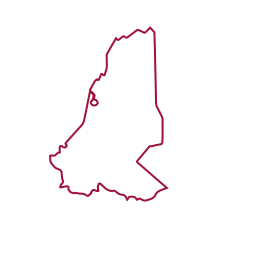 map outline of Mary (orthographic projection), rotated 42°
{"feature_id": "TKM-360", "entity_name": "Mary", "entity_type": "Province", "adm_level": 1, "iso_a3": "TKM", "parent_name": "Turkmenistan", "parent_adm1": "", "projection": "orthographic", "projection_center": [62.192, 37.327], "detail": "fine", "context": "isolated", "style": "outline", "palette": "rose", "viewbox_px": 256, "rotation_deg": 42, "n_neighbors": 0, "source": "natural_earth", "source_scale": "10m", "svg_char_len": 3500}
<svg xmlns="http://www.w3.org/2000/svg" viewBox="0 0 256 256"><g transform="rotate(42 128 128)"><path d="M197.0,146.5L193.7,153.0L193.2,154.3L192.8,156.0L192.7,156.8L192.8,157.6L192.9,158.5L193.4,160.0L193.5,160.9L193.4,162.5L193.1,164.0L192.5,165.4L190.1,169.5L189.4,170.3L188.3,171.2L187.2,171.7L184.8,172.3L184.2,172.6L183.7,172.9L183.4,173.4L182.9,175.1L182.5,175.4L182.1,175.3L181.6,175.0L180.2,174.9L179.0,175.1L177.8,175.7L175.7,177.4L175.3,178.0L175.0,178.6L175.0,179.3L175.4,181.3L175.4,181.8L172.2,180.6L171.3,180.4L170.8,180.5L170.2,180.6L169.2,180.9L166.2,182.8L164.8,183.2L160.8,183.5L160.1,183.7L159.5,184.0L159.0,184.5L158.3,185.6L157.8,186.0L155.1,187.3L152.2,188.0L145.0,187.9L144.3,188.0L143.8,188.6L143.7,189.3L143.9,189.8L144.3,190.3L144.4,191.0L144.6,191.6L146.4,193.1L146.8,193.7L147.0,193.9L147.9,194.2L148.1,194.4L148.0,194.7L147.8,195.1L146.9,195.8L144.4,196.6L143.5,197.5L143.5,198.1L143.6,200.2L143.7,200.7L144.2,201.2L144.4,201.6L144.0,202.9L143.9,204.4L143.7,205.2L143.3,205.6L142.6,205.8L141.2,206.0L140.6,206.1L138.3,207.2L135.3,209.6L135.2,209.7L133.1,210.8L132.2,211.6L131.8,212.2L131.4,212.7L130.9,213.0L128.5,214.0L127.9,214.2L127.6,214.1L126.6,213.7L126.3,213.7L125.9,213.8L125.6,213.9L125.2,213.7L123.0,211.6L122.1,211.7L121.1,212.7L117.8,217.1L117.3,217.4L116.9,217.0L116.3,215.5L116.1,214.9L116.2,213.2L116.1,212.5L115.9,211.8L115.5,211.2L115.0,210.7L113.2,209.8L112.3,209.2L108.9,205.8L108.0,205.2L107.0,204.7L105.1,204.7L101.1,206.1L99.1,206.2L94.6,205.5L92.4,204.6L90.9,202.9L88.7,200.9L88.8,200.4L89.2,199.9L89.5,199.6L90.6,198.9L90.9,198.6L92.0,197.4L92.1,197.1L92.2,196.5L92.5,193.5L92.6,193.2L92.9,192.7L93.6,192.1L93.7,191.9L93.7,191.7L93.4,191.4L92.9,191.1L91.6,189.6L91.1,189.2L90.6,188.6L90.4,188.3L89.9,187.2L89.9,186.9L89.9,186.6L90.2,186.2L90.4,185.9L90.6,185.8L91.2,185.7L92.3,185.7L92.7,185.6L92.9,185.5L93.1,185.4L93.5,185.0L93.8,184.9L94.1,184.6L94.3,184.5L94.4,184.4L94.5,184.2L94.4,182.2L94.1,181.9L92.6,181.8L92.3,181.6L91.9,181.4L91.7,179.3L91.7,167.1L91.7,155.1L90.1,151.4L82.7,138.7L81.5,136.8L75.6,126.8L75.5,126.5L75.7,126.4L76.0,126.4L77.4,126.3L78.1,126.2L78.6,126.2L80.0,126.5L80.3,126.6L80.5,126.7L81.1,127.4L81.6,128.0L82.3,129.5L82.7,130.4L82.9,131.3L82.9,133.3L83.0,133.6L83.4,134.0L83.7,134.3L84.0,134.5L84.7,134.7L85.2,134.8L85.7,134.8L86.1,134.7L86.9,134.5L87.8,133.9L88.0,133.8L88.4,133.2L88.7,132.6L88.9,132.0L89.1,131.6L89.1,131.3L89.1,130.8L89.0,130.3L89.0,130.1L88.9,129.9L88.7,129.6L88.6,129.4L88.4,129.3L87.9,129.1L86.5,128.7L85.5,128.7L85.3,128.8L84.3,129.2L83.9,129.4L83.6,129.6L83.4,129.6L81.7,126.6L81.4,126.2L81.2,126.0L81.0,125.9L80.8,125.8L80.3,125.7L77.5,125.5L76.8,125.6L76.1,125.6L75.5,125.6L75.1,125.6L74.6,125.5L74.5,125.4L74.3,125.2L72.1,115.9L72.1,113.8L72.4,112.6L73.1,112.6L73.6,112.4L74.0,111.9L73.7,110.7L72.2,106.1L72.1,105.6L72.4,105.3L72.9,105.2L74.3,105.0L74.8,104.8L75.2,104.5L74.9,103.6L72.4,98.3L71.1,96.4L63.2,87.9L62.6,86.0L59.0,69.3L60.6,69.5L61.2,69.5L61.7,69.3L62.0,68.7L62.2,68.0L62.9,63.8L63.1,63.2L63.4,62.7L63.9,62.4L65.9,62.2L66.5,61.9L66.8,61.2L67.0,60.5L69.2,49.4L70.2,48.1L74.3,46.9L76.3,46.4L76.6,45.6L77.0,45.0L77.3,38.6L83.6,39.2L84.6,40.3L89.4,45.3L95.4,51.6L121.4,79.2L131.7,90.2L134.6,92.7L137.9,93.9L145.3,96.7L147.5,98.0L158.8,110.5L163.2,115.8L163.6,117.6L159.3,123.4L158.1,125.4L157.5,126.0L156.3,127.1L156.9,146.0L157.2,147.1L158.1,147.3L165.9,147.1L173.7,147.0L182.7,146.8L189.4,146.7L197.0,146.5L197.0,146.5Z" fill="none" stroke="#9f1239" stroke-width="2"/></g></svg>